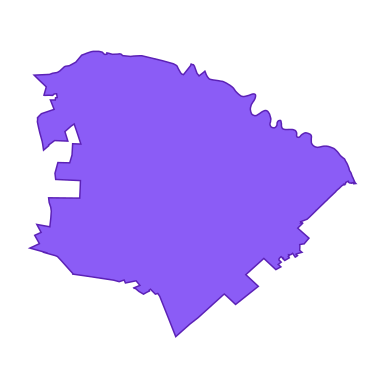 outline of Gómez Palacio, Durango, Mexico, rotated 268°
{"feature_id": "50627088B6714837082613", "entity_name": "Gómez Palacio", "entity_type": "district", "adm_level": 2, "iso_a3": "MEX", "parent_name": "Mexico", "parent_adm1": "Durango", "projection": "natural_earth1", "projection_center": [-103.42, 25.712], "detail": "fine", "context": "isolated", "style": "filled", "palette": "violet", "viewbox_px": 384, "rotation_deg": 268, "n_neighbors": 0, "source": "geoboundaries", "source_scale": "gbopen_adm2", "svg_char_len": 5940}
<svg xmlns="http://www.w3.org/2000/svg" viewBox="0 0 384 384"><g transform="rotate(268 192 192)"><path d="M307.0,211.2L309.1,210.2L309.5,210.1L311.0,209.6L312.3,209.1L311.2,207.8L308.1,203.5L307.8,203.1L308.8,202.4L310.3,201.2L314.6,199.8L317.7,198.8L318.5,198.3L319.2,197.8L319.2,197.5L319.2,197.1L319.8,195.9L319.9,195.6L318.2,194.9L313.5,190.9L309.6,187.6L309.9,186.8L310.0,186.4L310.3,185.9L310.6,185.6L311.1,185.1L312.0,184.5L312.5,184.3L315.7,182.6L318.1,181.6L318.6,181.3L319.0,180.8L319.2,180.6L319.9,179.4L320.4,178.6L320.9,177.6L324.3,166.9L329.9,146.7L330.0,145.1L329.9,138.2L329.8,137.9L329.8,137.0L329.6,135.6L330.7,127.5L332.2,126.0L332.5,125.0L332.6,124.6L332.4,122.2L332.4,117.2L333.5,113.8L334.0,111.8L332.7,111.7L332.7,111.4L332.6,110.8L332.5,109.9L332.7,109.3L333.0,108.9L334.8,107.3L335.4,105.6L335.4,105.3L335.7,104.2L335.8,104.0L336.0,98.1L335.7,96.1L334.4,91.7L333.6,89.5L332.6,86.5L325.8,80.4L322.5,73.8L322.1,70.2L321.9,69.5L321.8,69.2L321.7,69.0L321.6,68.8L317.4,63.9L317.0,63.1L316.6,62.5L316.5,62.2L316.1,61.2L316.0,60.5L315.8,58.7L315.5,56.5L315.4,56.4L314.5,53.7L314.3,38.3L308.9,43.4L302.2,50.0L300.7,49.6L293.9,47.4L293.7,48.1L293.7,49.3L293.7,52.3L293.4,56.1L294.8,57.7L294.9,60.1L292.1,60.5L291.1,60.6L291.1,60.3L291.1,59.9L290.9,58.9L288.7,58.6L288.9,53.7L279.4,57.1L275.6,44.5L275.1,43.7L274.5,43.2L273.8,42.3L272.5,41.1L272.3,40.8L271.5,40.1L271.3,40.1L271.1,40.3L270.5,40.3L268.1,40.0L267.6,39.9L262.4,40.8L256.3,42.0L247.9,44.0L245.3,44.4L239.0,45.1L243.3,50.5L244.0,50.4L248.2,56.5L247.2,69.7L256.8,67.1L262.0,73.4L264.1,76.6L254.2,79.6L243.8,82.6L244.4,74.4L233.2,73.4L225.4,70.8L226.1,59.0L215.5,55.7L210.5,56.1L209.3,56.2L207.3,80.9L199.9,80.4L189.8,79.6L191.2,48.5L186.4,48.9L181.7,50.3L177.7,50.7L171.0,50.0L162.2,48.7L165.0,35.8L156.9,39.8L155.6,36.7L154.2,33.3L145.7,37.7L142.4,30.0L142.4,29.8L141.6,28.0L137.2,42.0L136.7,43.5L136.5,42.8L134.8,48.0L133.2,53.1L132.2,55.3L127.6,59.3L114.6,70.1L114.1,70.0L112.0,81.8L106.6,110.7L104.9,116.1L106.4,121.1L103.4,122.3L105.2,133.0L100.5,136.7L98.2,130.5L97.7,130.9L97.9,131.7L94.4,135.6L91.6,140.0L93.1,142.8L93.8,144.3L94.5,146.0L95.3,145.7L96.3,147.1L91.2,151.8L91.8,154.3L88.9,156.1L66.1,164.3L48.0,170.7L60.1,185.3L66.1,193.6L88.0,219.5L88.9,220.7L86.7,223.1L78.1,231.6L95.4,255.0L107.5,242.9L116.0,253.0L123.1,261.5L111.5,273.1L114.1,278.2L116.6,275.6L118.8,278.7L121.2,276.4L122.6,276.9L124.0,278.4L124.3,278.8L122.9,280.2L123.1,280.5L122.4,281.0L122.1,280.5L120.3,282.3L122.8,286.9L124.1,286.0L124.5,286.6L124.8,286.8L125.4,286.4L125.6,287.0L126.0,286.7L125.9,288.5L127.2,290.4L123.3,292.9L123.3,293.0L124.7,295.2L125.9,293.8L126.4,293.9L127.9,299.8L129.9,297.6L133.9,297.9L135.7,297.8L136.2,301.2L136.2,302.2L141.8,307.3L151.2,297.4L152.2,296.4L157.3,302.0L157.2,301.6L157.4,301.0L157.3,300.3L157.3,299.5L157.6,299.7L158.0,299.8L158.3,299.8L158.6,299.6L158.7,300.1L160.8,306.1L162.9,308.6L169.1,315.4L169.3,315.4L169.3,315.6L171.3,317.8L174.5,321.3L174.8,321.7L177.3,324.4L179.4,326.9L179.8,327.2L181.8,329.4L187.2,335.5L187.4,335.7L187.5,335.7L187.9,336.1L188.0,336.1L189.9,338.4L190.3,339.0L192.6,341.5L193.3,342.4L193.3,342.5L193.8,343.4L193.9,344.1L193.9,344.4L194.5,344.1L194.6,345.6L196.2,346.0L197.2,348.2L197.3,348.5L196.7,348.8L196.2,348.9L195.6,349.7L195.2,352.0L195.5,352.0L195.9,353.6L194.6,353.9L194.7,355.6L194.8,355.8L194.8,356.0L195.5,355.4L196.8,354.8L198.8,354.0L200.7,353.3L201.0,353.1L202.8,352.4L205.7,351.5L206.4,351.1L207.5,350.4L208.9,349.9L210.2,349.7L213.4,348.6L215.1,347.9L216.6,347.1L217.4,346.6L219.1,345.9L219.8,345.5L220.8,344.2L222.3,342.5L223.2,341.6L224.1,340.9L225.3,340.1L227.1,338.8L228.6,337.4L230.0,336.0L230.6,335.2L231.4,333.4L232.1,331.8L232.8,329.8L233.1,328.2L233.2,326.8L233.2,325.2L233.0,323.7L232.7,322.4L232.4,320.6L232.2,319.1L232.5,317.8L232.8,316.8L233.4,315.7L234.5,314.4L235.2,313.9L235.9,313.5L236.7,313.1L237.6,313.0L239.5,313.0L241.3,313.1L242.7,313.3L243.5,313.3L244.3,313.1L244.9,312.8L245.6,312.1L246.6,310.0L247.1,308.4L247.2,307.2L246.8,306.0L246.2,304.9L245.7,304.0L244.9,303.0L243.5,301.8L243.2,301.4L243.0,300.8L242.9,300.4L243.0,299.8L243.2,299.2L243.5,298.8L244.0,298.6L244.7,298.5L247.0,298.7L247.6,298.6L248.4,298.3L248.9,298.0L249.5,297.7L250.0,297.1L250.3,296.5L250.6,295.7L250.8,295.3L250.9,294.8L251.0,294.0L251.0,293.6L251.1,291.4L251.1,289.2L251.2,287.2L251.5,286.1L251.6,285.5L251.7,285.4L251.9,285.2L252.0,285.0L252.1,284.9L252.5,284.6L252.7,284.4L252.8,284.3L253.0,284.2L253.4,284.0L253.7,283.9L253.9,283.9L254.4,283.8L254.5,283.8L254.9,283.7L255.2,283.7L256.3,283.7L256.8,283.8L258.6,283.5L259.6,283.4L260.3,283.1L260.5,282.6L260.4,281.9L260.3,281.4L260.1,280.8L259.4,280.1L258.5,279.6L258.2,279.5L255.7,279.2L254.5,278.4L253.6,277.5L253.2,276.3L253.3,275.7L253.5,274.8L253.8,274.0L254.4,273.2L255.5,272.6L257.0,272.2L258.4,272.5L258.9,272.8L259.3,272.9L259.9,273.0L260.8,273.1L261.6,273.3L262.1,273.3L262.8,273.2L262.9,273.3L267.2,272.2L269.7,270.7L270.4,269.9L270.8,269.0L270.9,268.3L270.8,267.4L270.4,266.3L269.8,265.0L269.3,264.1L268.3,262.7L266.2,259.1L266.1,258.4L266.1,257.7L266.1,257.2L267.0,255.3L267.6,254.6L268.3,254.2L269.0,253.9L270.3,253.5L271.1,253.4L272.2,253.2L272.9,253.2L273.6,253.3L274.0,253.3L274.9,253.6L275.9,253.9L276.6,254.1L277.9,254.7L278.1,254.9L279.9,256.1L280.9,256.9L281.2,257.1L282.4,257.8L282.7,258.0L283.9,258.5L285.1,258.8L285.8,258.9L286.1,258.9L286.6,258.9L287.1,258.7L287.3,258.5L287.6,258.1L287.8,257.5L287.9,257.0L287.8,256.5L287.8,255.8L287.7,255.5L287.4,254.5L286.6,252.2L285.8,248.7L285.6,247.4L285.6,247.1L285.6,246.5L285.6,246.3L285.8,245.7L286.0,244.7L286.7,243.7L287.9,242.2L288.1,242.0L289.6,240.5L291.3,239.0L294.3,237.1L294.5,236.9L295.7,235.7L297.0,234.1L299.6,230.2L300.2,229.1L300.6,228.3L301.0,227.6L301.3,226.9L301.5,226.4L301.8,224.6L302.4,222.0L302.9,219.1L303.3,216.8L303.8,214.8L304.2,213.5L304.4,213.2L305.9,211.9L306.1,211.8L307.0,211.2Z" fill="#8b5cf6" stroke="#5b21b6" stroke-width="1.5"/></g></svg>